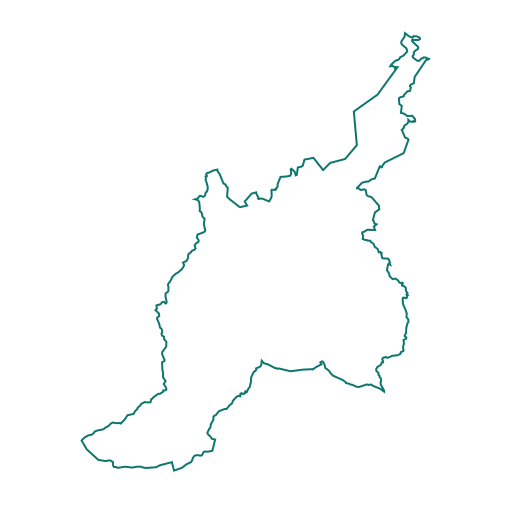 Ixhuacán de los Reyes, Veracruz, Mexico (Albers equal-area conic projection), rotated 263°
{"feature_id": "50627088B23421839832911", "entity_name": "Ixhuacán de los Reyes", "entity_type": "district", "adm_level": 2, "iso_a3": "MEX", "parent_name": "Mexico", "parent_adm1": "Veracruz", "projection": "albers", "projection_center": [-97.071, 19.373], "detail": "fine", "context": "isolated", "style": "outline", "palette": "teal", "viewbox_px": 512, "rotation_deg": 263, "n_neighbors": 0, "source": "geoboundaries", "source_scale": "gbopen_adm2", "svg_char_len": 6094}
<svg xmlns="http://www.w3.org/2000/svg" viewBox="0 0 512 512"><g transform="rotate(263 256 256)"><path d="M430.5,451.6L432.3,448.7L432.7,446.7L432.0,445.8L432.0,444.5L429.8,441.5L430.0,440.1L433.4,436.4L435.2,435.7L436.7,437.2L438.9,437.5L440.3,439.0L441.9,442.1L443.6,442.5L450.2,437.1L451.4,437.4L450.6,443.5L451.4,445.2L452.7,445.1L454.3,442.7L455.0,439.2L453.6,438.1L455.2,434.9L459.0,431.0L455.6,430.2L451.2,426.4L449.4,426.1L447.8,426.9L443.6,430.7L440.5,431.0L437.0,426.9L435.6,423.2L434.1,422.2L433.1,420.5L433.2,419.3L432.3,417.3L429.6,413.7L428.0,412.4L428.0,413.5L428.9,414.3L427.4,415.3L426.8,416.9L425.4,416.9L426.4,418.5L426.2,419.5L401.3,396.2L387.5,370.7L353.7,369.6L341.4,356.2L339.4,341.0L333.1,333.1L346.4,325.0L345.8,315.9L339.8,313.3L339.1,311.6L338.8,308.3L331.5,306.4L331.2,305.3L335.0,304.6L338.3,301.8L337.9,301.0L333.2,301.0L331.5,299.7L331.2,295.9L331.5,290.0L324.7,286.2L321.9,285.8L320.4,283.8L319.8,284.1L319.3,283.4L319.8,279.7L319.2,279.3L313.6,278.9L311.4,277.9L308.6,275.6L312.1,269.4L312.5,267.6L312.2,265.7L312.8,265.1L313.6,265.5L317.5,264.0L319.1,263.9L318.5,259.3L311.4,251.4L307.2,253.3L306.4,246.3L306.9,245.4L315.2,237.1L318.4,234.5L327.1,236.3L329.4,234.6L330.7,234.5L332.0,232.5L341.8,229.9L344.7,228.2L346.5,228.2L346.0,223.7L344.6,219.7L344.2,217.2L342.8,216.4L341.5,217.1L341.0,216.8L340.9,215.8L340.4,216.0L338.2,215.3L330.7,216.5L327.9,216.1L325.7,214.9L325.2,213.8L322.2,212.8L321.1,210.8L322.6,208.0L322.2,207.0L320.3,205.3L319.7,202.5L318.9,204.7L316.8,206.2L310.4,206.1L307.4,205.6L306.0,207.2L301.4,207.8L299.2,209.5L293.8,208.1L287.5,208.8L286.5,208.0L285.8,206.5L284.4,200.6L281.6,199.5L278.8,200.9L277.7,200.9L276.9,200.4L275.9,198.1L274.2,196.4L270.8,196.9L269.6,195.4L269.1,193.3L267.2,191.3L266.7,190.0L265.2,188.7L262.8,188.5L259.6,186.5L258.4,182.8L255.5,183.6L252.2,181.0L249.0,176.5L248.2,174.2L245.5,170.5L241.5,167.9L239.1,165.6L238.3,165.1L235.7,165.3L232.4,164.8L231.4,164.4L229.9,161.8L227.4,161.2L221.3,161.7L219.9,161.1L220.1,160.2L221.7,159.1L221.8,158.0L221.4,156.9L219.8,155.4L219.1,151.2L215.8,151.2L214.5,149.6L210.9,152.6L208.5,152.7L207.5,151.7L207.2,150.7L205.8,150.1L200.8,151.6L196.6,152.0L195.4,153.3L193.6,153.7L192.1,153.8L190.4,152.7L188.5,153.0L187.1,154.8L184.8,154.7L181.6,156.6L176.9,155.8L172.2,151.3L170.1,150.8L164.1,152.5L163.0,152.4L162.0,149.8L154.2,149.2L151.8,149.6L147.0,148.9L142.9,151.0L140.3,148.9L135.6,150.8L134.4,150.7L133.7,150.0L133.9,147.6L132.7,147.4L130.9,143.9L131.1,142.2L128.3,136.9L127.0,135.8L126.7,134.6L123.7,133.5L123.8,130.6L124.6,127.8L123.3,124.2L121.8,123.0L119.7,120.0L118.8,119.8L116.8,117.2L114.2,115.2L113.6,109.1L109.4,105.4L106.3,101.5L106.7,101.3L107.1,96.9L108.2,93.4L107.3,91.4L105.1,88.6L103.9,85.4L102.6,83.4L102.2,77.7L101.4,74.4L100.1,73.6L98.7,71.3L98.4,67.7L96.9,64.1L95.1,61.4L94.1,60.4L84.8,64.4L72.8,74.7L70.8,81.8L71.0,85.9L70.4,87.1L68.8,88.9L66.1,88.5L63.8,89.3L63.7,91.1L62.6,93.0L62.8,100.5L61.1,107.4L61.4,112.5L60.8,116.4L59.6,118.7L59.0,121.4L58.6,129.1L58.6,131.3L60.0,135.2L61.6,147.4L53.0,148.5L54.8,156.7L57.7,161.5L59.3,166.4L61.7,168.2L63.0,168.5L65.3,170.7L65.5,173.4L64.6,176.8L64.7,178.0L67.8,180.1L68.3,181.2L67.6,184.0L68.0,188.9L78.8,193.1L80.0,189.8L81.5,189.3L85.1,186.5L86.5,186.2L90.3,188.6L90.9,189.6L94.5,190.7L99.0,193.9L101.3,194.0L102.7,195.3L102.8,196.5L106.4,200.2L108.0,206.2L107.6,207.9L111.6,212.3L112.5,214.1L115.3,215.6L119.0,220.1L119.2,222.1L118.7,223.3L121.3,223.8L121.6,225.1L120.6,226.0L120.6,227.0L121.5,228.9L122.0,228.3L123.1,229.1L122.5,230.6L125.0,232.0L126.7,233.8L131.9,235.7L136.2,236.4L139.8,238.7L141.6,240.1L141.9,241.3L143.1,242.4L144.4,242.4L145.7,246.7L147.2,248.0L151.3,248.9L148.6,250.9L147.0,254.6L142.5,261.1L142.3,262.4L141.6,262.9L141.5,265.2L137.4,276.2L137.5,288.7L136.8,298.3L136.5,298.5L138.4,302.1L140.6,307.8L142.6,306.9L143.4,308.6L143.0,309.5L140.3,310.7L136.5,311.1L133.2,314.5L130.8,315.6L127.8,317.9L122.4,326.9L119.8,329.7L118.9,329.9L117.8,333.1L116.9,334.1L116.4,336.0L114.3,339.2L113.4,342.0L115.0,350.4L114.3,352.2L114.4,354.6L112.8,356.4L109.1,363.1L105.8,366.6L106.9,366.7L113.4,364.1L115.3,364.2L116.9,365.1L119.7,364.9L120.8,363.9L122.4,363.9L123.1,363.1L125.1,363.3L127.4,361.4L129.1,361.5L131.0,362.9L132.9,366.8L135.1,367.9L134.9,369.1L135.9,369.4L138.2,368.7L139.5,369.7L139.9,372.7L139.3,373.1L138.9,374.4L140.3,379.0L140.3,384.6L141.3,387.5L142.8,387.9L143.8,390.7L145.2,391.0L147.3,390.7L151.3,392.2L154.7,392.2L155.6,395.0L156.8,395.3L158.1,393.9L158.8,393.8L161.4,395.6L166.4,396.4L171.0,398.3L172.1,399.3L174.7,399.4L176.8,397.9L180.7,398.6L183.8,398.0L190.6,396.0L196.1,396.4L196.8,397.2L195.8,400.0L196.0,400.5L198.0,401.0L198.4,401.8L199.4,400.7L200.5,401.9L202.8,400.7L206.4,400.7L207.7,399.6L208.9,397.3L209.5,397.2L211.0,398.5L211.7,397.8L211.6,396.2L212.4,394.9L214.2,394.2L216.6,391.7L216.4,388.8L219.5,386.3L222.8,385.8L226.2,384.2L231.6,386.1L231.9,386.6L231.0,388.1L232.8,387.5L233.3,388.2L236.8,387.2L237.3,386.7L238.1,381.9L238.7,381.0L242.3,380.6L243.6,381.1L243.8,380.3L244.8,380.0L244.7,378.3L248.2,377.6L250.7,374.9L253.6,374.3L256.0,371.7L257.2,371.3L257.7,368.6L258.3,368.1L258.5,366.6L259.9,364.0L263.0,364.8L265.4,364.1L266.5,364.3L267.1,366.8L268.5,369.5L267.3,377.3L270.7,376.5L272.8,379.5L273.7,377.6L276.2,377.1L277.3,376.4L284.7,379.3L287.3,384.0L290.8,384.2L300.3,377.9L301.8,374.5L303.1,373.2L308.2,372.9L309.0,371.4L308.7,368.5L309.0,367.7L310.8,366.0L310.8,364.5L311.2,364.5L315.8,370.2L316.4,374.2L316.2,376.7L318.0,379.9L318.5,383.4L329.9,389.8L329.8,390.4L328.7,391.1L329.0,391.9L330.9,393.0L333.1,395.2L340.1,415.1L352.8,421.5L354.1,420.8L355.3,418.4L363.4,416.1L363.5,416.7L364.7,417.4L365.2,418.4L367.2,419.0L368.7,421.9L370.4,423.6L372.6,423.8L370.6,425.4L370.1,427.8L370.7,428.6L370.0,429.3L370.2,430.4L372.5,430.5L376.1,428.3L376.5,423.3L379.2,420.3L380.4,417.3L387.2,419.0L389.3,416.8L395.1,417.1L395.9,418.4L396.5,422.1L397.6,422.3L400.9,426.2L401.1,428.9L404.3,430.2L405.6,429.5L406.3,429.6L407.3,430.7L408.2,433.7L414.4,435.3L430.1,449.0L430.0,450.6L430.5,451.6Z" fill="none" stroke="#0f766e" stroke-width="2"/></g></svg>